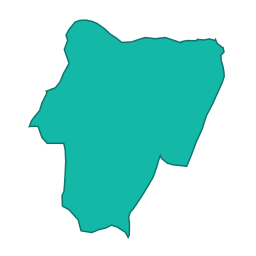 the district of Koytendag, Chardzhou, Turkmenistan, rotated 268°
{"feature_id": "10190150B64529450546528", "entity_name": "Koytendag", "entity_type": "district", "adm_level": 2, "iso_a3": "TKM", "parent_name": "Turkmenistan", "parent_adm1": "Chardzhou", "projection": "orthographic", "projection_center": [66.04, 37.77], "detail": "fine", "context": "isolated", "style": "filled", "palette": "teal", "viewbox_px": 256, "rotation_deg": 268, "n_neighbors": 0, "source": "geoboundaries", "source_scale": "gbopen_adm2", "svg_char_len": 1293}
<svg xmlns="http://www.w3.org/2000/svg" viewBox="0 0 256 256"><g transform="rotate(268 128 128)"><path d="M21.3,125.5L27.4,125.9L33.1,126.1L38.7,125.5L43.4,127.1L48.4,131.5L56.4,137.2L57.7,138.2L67.1,144.5L78.2,151.5L89.3,155.8L94.6,157.4L94.8,157.5L99.3,159.3L96.2,160.7L91.5,166.1L89.7,171.7L87.7,185.3L97.9,190.0L111.4,195.6L124.2,202.0L137.7,206.8L148.8,213.2L161.6,219.5L169.6,223.5L176.0,225.9L180.7,225.8L186.3,225.0L192.7,223.4L197.5,223.4L200.7,226.6L204.7,225.8L204.6,225.7L209.4,220.1L213.4,218.5L212.5,218.1L214.2,212.2L213.3,207.4L214.1,200.2L212.8,199.7L213.3,189.9L212.4,184.3L211.3,184.0L217.1,168.4L216.3,158.1L217.8,148.5L216.2,142.2L213.8,134.3L213.7,124.8L218.5,119.2L222.4,113.6L227.9,108.1L233.4,100.9L235.7,96.1L237.3,89.8L237.2,83.5L235.6,78.7L228.5,72.5L222.9,69.3L217.6,70.8L208.7,67.1L201.8,69.2L194.6,71.4L185.0,65.6L176.3,61.6L170.8,56.9L167.6,47.5L166.1,48.3L155.8,42.8L148.7,40.4L142.4,34.9L138.4,31.7L134.0,30.0L132.9,29.4L133.1,35.6L132.5,38.3L121.4,41.7L115.5,46.7L114.9,63.3L108.4,64.5L96.6,64.6L81.9,63.4L73.9,62.6L66.7,61.8L62.9,59.7L52.2,59.8L48.4,66.2L38.0,75.0L26.9,77.5L26.6,79.1L24.8,88.1L27.5,95.4L28.9,102.5L29.6,104.0L31.5,108.0L29.4,113.7L23.9,121.7L18.7,124.3L20.3,125.3L21.3,125.5Z" fill="#14b8a6" stroke="#0f766e" stroke-width="1.5"/></g></svg>